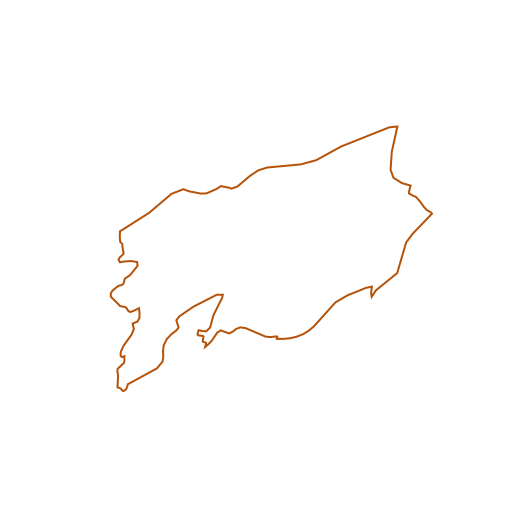 Central Ostrobothnia, Robinson projection, rotated 304°
{"feature_id": "FIN-3181", "entity_name": "Central Ostrobothnia", "entity_type": "Province", "adm_level": 1, "iso_a3": "FIN", "parent_name": "Finland", "parent_adm1": "", "projection": "robinson", "projection_center": [23.72, 63.644], "detail": "fine", "context": "isolated", "style": "outline", "palette": "amber", "viewbox_px": 512, "rotation_deg": 304, "n_neighbors": 0, "source": "natural_earth", "source_scale": "10m", "svg_char_len": 2186}
<svg xmlns="http://www.w3.org/2000/svg" viewBox="0 0 512 512"><g transform="rotate(304 256 256)"><path d="M69.6,221.3L70.4,218.1L70.3,216.8L69.7,214.6L80.1,208.3L82.9,205.5L85.1,204.4L93.5,206.3L95.6,205.6L97.4,204.2L99.4,202.9L99.0,202.6L97.3,201.5L97.3,199.9L99.7,198.1L102.0,197.3L107.5,196.4L121.6,196.8L127.3,195.5L131.0,191.5L135.4,194.4L139.4,194.0L143.3,191.5L147.3,188.2L141.6,184.9L139.1,182.9L139.1,180.6L140.6,177.5L140.2,175.1L139.1,173.0L138.5,170.7L139.0,169.2L141.1,158.4L143.8,156.5L147.3,156.4L153.6,158.4L154.8,159.0L156.8,160.9L158.5,161.5L160.4,161.3L162.1,160.5L163.9,159.9L169.7,162.3L181.7,163.3L184.5,160.8L182.0,155.3L177.6,149.6L174.7,146.7L176.1,144.1L178.3,143.8L183.5,145.0L184.9,144.1L189.0,140.0L191.1,138.6L191.9,135.4L195.4,132.5L199.9,129.8L200.3,129.4L232.2,143.3L260.3,151.2L270.8,158.5L272.2,164.3L276.9,175.4L280.2,179.9L289.1,185.6L294.6,188.0L295.1,189.9L297.7,195.9L298.1,198.0L303.3,201.8L318.8,206.1L328.3,210.0L335.6,215.8L357.0,241.9L369.1,252.3L394.5,265.4L437.2,294.5L442.4,300.8L418.1,310.4L402.7,319.4L397.7,326.3L398.0,336.1L400.8,344.8L399.6,345.1L395.0,346.9L393.4,347.9L393.8,352.3L394.4,355.4L393.1,361.0L390.6,367.7L389.6,372.1L390.0,376.9L389.5,378.2L361.7,373.4L351.2,372.9L320.8,382.6L294.5,374.6L286.9,374.7L289.0,372.7L291.5,371.1L295.4,369.2L291.2,365.1L274.6,353.9L262.0,347.8L230.3,343.4L223.6,341.5L217.3,338.6L211.8,334.8L206.9,330.3L202.7,325.2L198.9,319.5L199.7,319.1L200.4,319.2L200.9,318.9L201.0,318.2L196.7,313.1L194.5,309.0L190.4,287.7L188.1,282.9L184.0,280.1L180.6,279.2L176.8,277.0L175.0,270.1L174.7,268.4L170.7,266.7L161.0,266.7L155.5,265.7L152.2,264.7L155.4,263.6L156.1,263.0L155.9,262.3L155.7,261.3L155.5,260.5L155.2,260.0L155.7,259.3L156.5,259.0L159.0,257.9L159.8,257.6L160.1,256.8L159.7,256.1L158.3,253.2L157.9,252.5L158.1,251.5L159.5,250.8L161.7,250.1L162.5,250.0L163.9,253.7L165.7,256.8L170.9,258.0L183.2,253.8L202.5,251.3L205.3,250.1L201.9,245.1L179.1,232.5L163.1,226.2L158.2,225.9L153.3,231.9L149.5,231.5L143.8,229.6L137.4,228.5L130.0,229.5L124.8,232.3L120.6,235.5L116.1,237.6L107.4,236.7L77.9,221.4L75.3,222.4L73.2,222.8L71.3,222.4L69.6,221.3Z" fill="none" stroke="#b45309" stroke-width="2"/></g></svg>